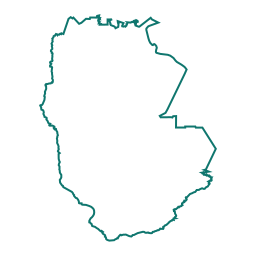 South Waikato District, Waikato, New Zealand (Natural Earth projection)
{"feature_id": "76426892B10420121574176", "entity_name": "South Waikato District", "entity_type": "district", "adm_level": 2, "iso_a3": "NZL", "parent_name": "New Zealand", "parent_adm1": "Waikato", "projection": "natural_earth1", "projection_center": [175.86, -38.168], "detail": "fine", "context": "isolated", "style": "outline", "palette": "teal", "viewbox_px": 256, "rotation_deg": 0, "n_neighbors": 0, "source": "geoboundaries", "source_scale": "gbopen_adm2", "svg_char_len": 5708}
<svg xmlns="http://www.w3.org/2000/svg" viewBox="0 0 256 256"><path d="M52.3,38.6L52.6,39.2L52.4,40.6L52.7,41.4L51.5,43.8L52.3,45.2L51.8,46.1L52.2,47.7L52.3,48.9L51.1,50.2L50.9,51.0L51.0,51.3L51.9,52.3L51.8,53.0L52.5,53.3L52.6,53.6L52.3,55.5L52.4,56.5L52.1,59.0L52.5,60.6L52.2,61.2L50.7,61.6L50.1,62.2L50.1,62.8L51.3,63.9L50.1,65.4L50.0,66.0L50.2,66.7L51.6,66.7L52.1,67.4L51.6,71.6L52.1,72.8L52.0,73.8L52.5,76.9L52.1,78.4L52.9,80.0L52.8,81.9L52.4,82.6L51.8,82.3L50.8,83.4L49.1,83.5L46.8,84.2L46.2,84.0L45.5,84.7L45.5,85.6L45.9,85.8L46.1,86.5L46.2,88.8L44.9,91.9L45.1,93.4L44.2,96.1L44.8,96.9L44.4,100.0L42.6,104.2L41.8,105.1L40.4,105.2L40.2,105.5L41.2,107.5L41.2,108.6L41.4,109.6L43.0,110.2L43.4,110.8L43.8,112.3L43.4,113.9L44.3,115.8L44.5,116.9L45.7,117.3L46.6,117.8L46.7,118.3L46.4,119.5L47.6,121.0L48.3,122.9L48.9,123.4L50.4,123.8L50.3,124.3L49.4,124.9L49.3,125.4L49.9,125.7L52.5,125.6L54.4,126.6L54.5,127.1L53.7,127.7L53.8,128.4L54.7,129.4L55.6,128.9L56.0,129.0L56.2,130.3L57.3,132.1L57.3,133.2L57.9,135.3L57.3,136.2L57.3,137.3L56.9,138.3L57.3,140.9L57.1,142.9L58.2,145.2L58.6,146.6L58.4,148.0L58.8,149.1L57.9,151.1L58.3,151.9L59.7,153.1L58.6,154.0L58.7,158.9L59.3,161.1L59.8,162.0L59.6,162.7L59.2,163.1L58.7,165.1L59.5,166.5L59.5,168.8L59.3,169.3L59.7,170.3L59.9,172.7L61.3,174.9L61.3,177.4L60.8,178.5L59.8,179.9L60.1,182.6L62.1,185.5L62.9,185.8L63.3,187.1L71.9,191.9L73.0,193.3L73.3,194.3L74.1,195.0L74.0,195.7L74.3,196.2L75.8,197.9L76.9,198.2L78.0,199.6L78.8,201.3L79.0,203.1L79.3,203.3L81.6,203.3L81.7,204.4L82.5,204.7L86.0,204.9L89.3,206.0L91.3,206.9L93.1,208.5L93.7,209.4L94.1,210.7L94.2,212.7L93.9,214.3L93.1,215.8L91.9,217.3L90.7,218.3L90.0,219.5L89.3,220.9L89.3,222.3L90.1,222.4L90.6,223.4L91.5,223.8L92.2,226.0L95.1,226.9L96.7,228.1L98.1,228.9L100.1,230.8L101.1,231.4L101.6,230.9L103.0,232.0L102.3,232.7L102.4,233.0L103.3,234.1L104.8,234.9L105.2,235.7L104.9,236.7L105.9,237.3L106.2,239.1L107.2,239.9L109.3,240.6L114.1,240.2L115.1,239.4L116.8,238.7L117.3,238.0L117.9,238.2L118.7,236.5L120.3,234.8L120.8,234.8L121.3,235.3L123.2,234.7L125.9,234.6L129.2,236.1L131.3,236.5L132.0,236.0L132.6,235.1L133.9,235.0L137.7,233.1L142.9,231.8L144.1,231.9L145.3,232.7L146.2,232.8L147.4,232.6L148.3,232.8L148.4,232.6L149.8,233.1L151.3,233.2L152.2,232.9L152.7,231.9L154.0,231.8L154.4,231.4L156.8,230.7L157.4,230.2L158.6,230.2L159.5,229.6L159.7,229.1L160.2,228.6L160.8,228.9L163.2,228.9L163.6,227.9L163.1,227.2L163.2,226.8L164.5,226.1L165.1,225.3L166.5,224.9L167.2,224.1L168.5,223.1L168.7,222.5L170.0,221.6L170.4,221.1L171.9,220.6L171.9,220.2L172.8,219.7L173.7,219.9L173.4,218.9L173.5,218.5L175.1,218.3L174.4,218.0L174.5,217.7L175.1,216.9L175.9,216.5L176.2,215.8L175.8,214.7L175.3,214.1L175.0,213.2L174.8,211.4L174.0,211.2L174.0,210.9L174.2,210.3L173.8,210.3L173.7,209.7L174.5,209.2L176.1,209.1L176.6,208.5L177.6,208.0L177.8,207.4L178.3,206.8L179.0,207.1L179.1,206.8L179.6,206.8L180.0,206.4L181.3,206.1L181.7,205.2L182.1,205.4L182.5,205.2L182.0,204.0L182.0,203.4L182.6,203.2L183.1,202.5L184.1,202.2L184.2,201.7L184.8,201.5L184.8,201.1L184.1,201.0L184.3,200.6L185.2,200.7L186.0,200.5L186.7,199.5L186.7,199.1L186.1,198.7L185.8,197.5L185.3,197.0L186.3,197.3L187.1,197.1L190.0,194.0L192.2,193.2L193.6,192.4L195.3,191.9L196.7,190.0L198.9,189.9L200.1,189.1L202.1,188.3L203.7,188.9L204.7,188.8L205.9,187.4L207.8,186.4L208.9,184.6L209.4,184.2L209.6,183.7L209.2,183.3L208.9,183.5L208.7,183.3L208.8,182.9L209.3,182.7L209.0,181.8L208.4,181.5L210.1,180.5L210.9,180.9L211.6,180.4L211.6,180.0L211.0,179.7L211.5,178.7L211.2,178.3L211.6,177.6L210.9,177.7L210.6,176.6L210.0,176.2L209.7,176.2L209.8,176.8L209.4,176.7L209.1,176.4L209.0,175.6L208.4,175.8L208.2,175.4L207.3,175.1L207.0,175.4L206.7,174.8L206.4,175.3L206.0,175.2L205.7,175.0L205.6,174.6L205.0,174.9L204.3,174.7L204.2,174.4L203.7,174.6L203.4,174.0L203.5,173.6L203.2,173.2L202.9,173.5L202.5,173.4L202.6,172.7L202.3,172.9L201.9,172.7L208.8,171.6L204.4,169.9L205.9,169.5L215.8,148.8L202.4,127.6L195.8,127.6L195.3,126.5L185.2,126.5L185.2,127.5L176.0,127.5L176.1,116.1L173.2,116.2L172.4,117.5L171.1,117.2L160.7,117.3L159.8,115.9L165.5,112.9L167.5,109.3L184.7,73.8L186.6,69.5L185.0,67.4L184.0,66.5L181.5,64.7L176.8,61.9L175.5,60.6L173.5,58.0L170.3,55.7L167.8,54.8L160.3,53.9L156.4,52.8L156.0,52.2L155.9,51.6L156.2,49.7L156.8,47.8L156.3,46.1L155.2,44.7L154.3,44.1L153.8,44.2L152.9,45.1L152.3,45.0L150.2,42.8L149.1,40.5L148.4,38.2L146.3,29.8L146.4,28.5L148.1,26.5L149.0,26.0L158.3,22.6L151.9,19.4L150.7,17.8L139.3,26.7L138.7,26.7L135.5,25.5L135.3,24.8L135.6,25.0L135.8,24.8L136.0,23.7L135.7,23.6L135.4,22.3L136.1,22.4L137.8,21.8L137.7,21.1L136.6,20.3L136.1,20.1L135.8,20.7L134.7,20.6L134.2,20.8L134.1,21.3L133.7,21.5L134.1,21.9L134.0,22.2L133.3,22.1L133.1,21.7L132.8,22.1L131.8,21.9L130.8,22.4L130.7,22.6L127.3,22.3L127.6,22.6L126.9,24.4L126.5,24.3L126.4,25.7L125.5,26.5L125.3,26.2L124.8,26.2L123.7,26.6L122.2,26.3L122.1,25.9L123.5,23.1L117.7,21.1L117.8,22.0L118.2,22.1L118.1,22.3L118.3,22.6L118.1,22.6L118.5,22.8L118.1,23.3L118.5,24.8L118.2,26.9L115.5,28.2L115.0,27.1L114.2,26.4L110.8,25.1L110.3,24.1L110.5,23.6L110.1,22.9L110.1,22.3L109.1,20.5L109.3,20.6L111.3,19.7L111.2,19.4L107.6,19.5L107.6,24.6L100.1,24.7L100.4,24.2L99.7,24.3L99.8,23.7L99.6,23.0L99.4,22.8L98.9,23.0L99.1,22.4L99.5,22.0L98.9,21.8L99.0,21.2L98.8,20.8L98.3,21.0L98.1,20.2L98.7,19.4L99.9,19.4L99.7,19.0L99.9,18.5L99.3,18.2L99.8,17.8L99.3,17.6L98.7,18.3L98.4,17.9L98.4,17.6L98.8,17.4L99.2,15.4L97.1,15.9L96.9,16.4L97.2,17.6L90.2,17.5L89.8,19.0L86.0,18.8L81.4,22.8L79.1,23.8L73.4,17.6L72.5,18.4L70.7,17.2L68.5,18.9L63.4,34.0L61.4,33.3L61.1,34.2L59.9,33.9L59.1,34.7L58.0,34.5L57.5,35.2L56.9,34.3L56.0,34.0L55.0,35.7L54.5,35.6L53.6,36.2L53.4,37.4L52.3,38.6Z" fill="none" stroke="#0f766e" stroke-width="2"/></svg>